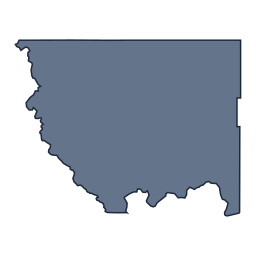 Okanogan, Washington, United States of America (Mercator projection)
{"feature_id": "52423323B51466238870881", "entity_name": "Okanogan", "entity_type": "district", "adm_level": 2, "iso_a3": "USA", "parent_name": "United States of America", "parent_adm1": "Washington", "projection": "mercator", "projection_center": [-120.099, 48.471], "detail": "fine", "context": "isolated", "style": "filled", "palette": "slate", "viewbox_px": 256, "rotation_deg": 0, "n_neighbors": 0, "source": "geoboundaries", "source_scale": "gbopen_adm2", "svg_char_len": 2415}
<svg xmlns="http://www.w3.org/2000/svg" viewBox="0 0 256 256"><path d="M127.0,212.7L125.7,211.1L126.8,207.3L127.1,203.1L124.2,197.9L124.6,197.1L130.0,193.5L133.8,191.9L136.8,191.9L137.5,189.0L140.6,189.3L142.8,192.2L145.6,192.4L147.4,190.8L149.0,195.0L146.4,200.9L147.0,202.4L150.9,206.1L153.3,206.8L155.1,206.2L157.2,202.7L165.8,195.9L165.9,193.9L167.6,192.6L174.7,193.6L178.2,197.8L181.9,197.5L184.9,198.0L186.6,194.6L186.7,190.3L189.8,187.2L194.4,189.4L197.0,187.6L199.0,187.2L200.7,185.6L203.0,185.1L206.1,182.1L209.1,181.5L210.9,183.1L216.4,183.6L219.5,187.6L220.6,194.7L222.3,199.1L224.8,200.0L228.1,203.1L226.5,208.8L224.6,212.4L224.7,214.7L225.6,215.5L227.4,215.9L239.0,213.1L239.6,212.2L239.8,126.6L237.0,126.7L237.0,98.0L240.6,98.0L240.6,40.2L208.2,40.2L207.6,40.2L175.5,40.2L172.4,40.2L145.6,40.2L126.3,40.2L112.6,40.3L108.8,40.3L71.4,40.1L33.9,40.2L19.1,40.2L17.6,43.6L15.4,44.4L16.7,46.5L19.4,47.6L20.9,50.4L25.6,47.0L28.2,47.9L29.8,50.9L28.0,52.4L27.8,55.9L28.9,57.1L28.4,60.9L31.9,62.9L32.3,64.5L31.1,70.0L31.9,75.9L33.0,78.1L34.7,78.4L38.2,84.5L40.6,86.3L38.2,87.4L38.2,91.0L35.4,90.9L33.7,94.6L30.1,97.5L26.1,102.8L26.6,106.7L29.1,109.9L32.4,109.9L33.3,107.6L37.0,111.0L34.8,116.7L35.5,118.4L38.2,118.5L39.9,117.9L41.2,118.0L41.4,119.0L40.5,120.5L40.6,121.7L41.3,122.7L42.2,123.1L43.1,124.3L42.9,124.3L41.8,125.1L41.1,126.1L41.4,127.5L42.3,127.9L42.3,129.1L41.0,130.6L40.0,131.6L39.9,133.1L41.0,133.9L41.5,138.1L41.6,139.6L42.4,140.7L44.2,140.5L46.3,142.1L48.5,143.5L50.5,144.7L50.3,147.8L48.9,149.5L48.5,152.1L49.9,153.7L51.9,154.9L55.2,155.3L57.0,155.4L58.7,158.3L61.1,160.6L63.4,163.3L66.2,165.0L70.2,167.1L70.3,169.3L72.1,170.2L72.9,170.2L74.6,172.8L74.0,175.3L72.9,178.5L74.0,181.8L76.6,184.3L77.2,185.2L77.8,185.7L79.3,185.3L79.8,185.0L80.9,185.2L81.3,185.8L82.0,186.1L82.7,186.7L83.8,188.0L84.7,188.7L85.7,189.4L86.7,190.6L86.9,191.5L87.9,192.2L88.8,192.4L90.0,193.3L91.9,193.3L92.6,193.9L94.5,194.8L95.2,194.8L96.2,195.3L97.0,195.4L97.8,196.5L98.2,196.9L98.1,197.3L97.5,197.3L96.9,197.4L96.5,197.9L96.2,198.8L97.0,200.3L98.8,200.8L99.4,201.2L100.2,202.1L101.1,202.4L101.7,202.6L102.7,203.1L103.2,204.0L103.7,205.0L104.1,206.1L103.9,206.5L103.8,207.3L104.8,208.4L105.3,209.0L105.7,209.8L105.4,210.4L105.1,210.9L105.2,211.5L105.5,211.6L106.4,212.1L107.3,212.5L114.9,212.7L119.0,212.7L121.3,212.7L124.5,212.7L126.7,212.6L127.0,212.7Z" fill="#64748b" stroke="#1e293b" stroke-width="1.5"/></svg>